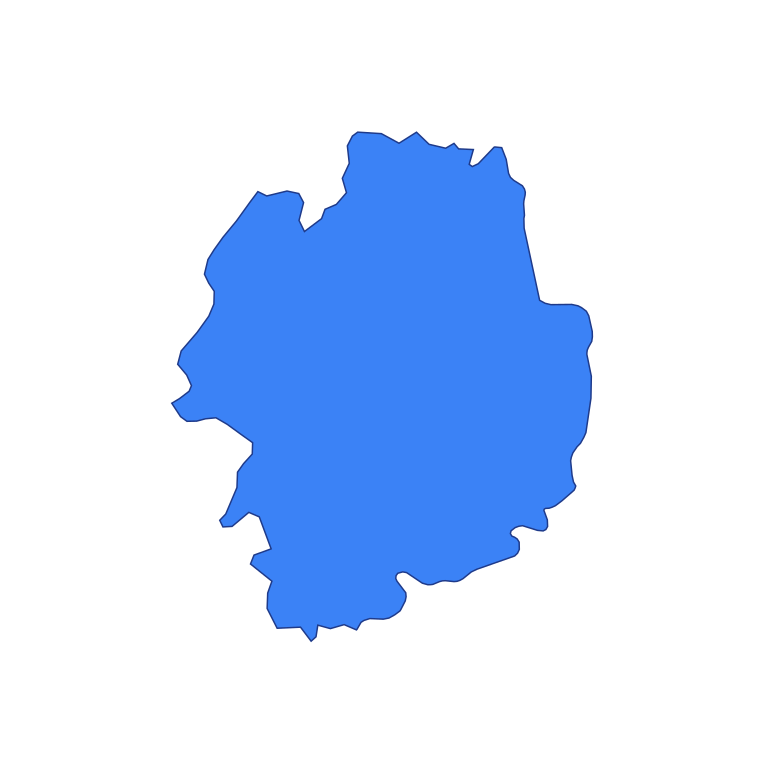 an SVG outline of Herefordshire, rotated 216°
{"feature_id": "GBR-2775", "entity_name": "Herefordshire", "entity_type": "Unitary Authority", "adm_level": 1, "iso_a3": "GBR", "parent_name": "United Kingdom", "parent_adm1": "", "projection": "albers", "projection_center": [-2.802, 52.104], "detail": "fine", "context": "isolated", "style": "filled", "palette": "blue", "viewbox_px": 768, "rotation_deg": 216, "n_neighbors": 0, "source": "natural_earth", "source_scale": "10m", "svg_char_len": 2331}
<svg xmlns="http://www.w3.org/2000/svg" viewBox="0 0 768 768"><g transform="rotate(216 384 384)"><path d="M208.0,493.7L192.1,463.4L191.0,458.4L190.2,451.5L190.9,446.8L190.7,439.3L189.5,435.1L187.9,431.6L178.2,420.7L173.1,416.1L168.9,414.2L168.2,412.0L167.8,409.8L171.4,394.1L173.8,386.3L175.6,383.1L177.4,380.6L180.2,378.3L180.8,376.9L180.4,375.8L172.0,370.1L167.9,364.9L167.5,361.4L168.9,358.7L173.8,355.8L188.6,350.8L191.3,348.2L193.5,344.9L194.9,339.9L193.8,337.2L191.1,336.1L188.4,336.8L185.2,336.9L181.7,335.5L177.3,329.7L176.5,325.6L177.2,321.7L200.0,288.7L202.9,283.3L205.7,272.9L207.2,269.7L208.9,267.3L211.2,265.3L218.8,260.9L221.1,259.0L222.9,256.8L226.7,250.6L228.4,249.0L230.7,247.3L235.9,245.4L254.9,244.7L258.4,243.0L261.6,239.0L261.6,236.1L260.2,233.6L257.6,232.1L243.7,227.9L241.1,224.9L239.3,221.0L237.8,211.4L237.7,209.8L239.6,203.7L242.4,197.6L246.3,193.4L257.6,185.9L261.2,181.0L262.5,177.7L261.6,169.1L261.2,169.0L274.8,165.9L283.6,154.6L295.8,150.0L290.4,139.5L291.8,133.1L308.6,138.2L326.9,123.6L346.6,133.7L355.2,146.5L358.8,158.6L386.2,159.9L388.6,169.2L378.4,184.3L406.8,203.2L417.9,200.7L423.2,179.5L430.3,173.7L436.8,177.2L435.6,185.8L442.1,213.8L450.7,226.6L450.8,237.1L449.4,249.9L455.8,259.3L470.1,259.2L487.3,259.2L500.1,257.9L508.0,250.9L513.7,243.9L521.5,238.0L529.4,238.0L544.4,243.7L540.9,251.9L537.4,263.6L538.8,269.5L548.9,275.3L562.5,278.7L567.5,291.5L565.5,316.0L565.6,335.9L568.6,348.7L575.8,359.2L585.1,362.6L593.8,367.3L599.6,381.3L600.4,392.9L600.5,408.1L599.2,429.1L599.3,452.5L599.1,465.5L589.4,467.2L575.9,483.1L564.9,488.0L555.7,483.5L548.9,466.4L538.0,460.6L531.7,481.1L534.4,490.7L528.1,501.3L526.8,516.7L538.6,525.9L541.8,542.1L553.6,555.1L555.3,566.0L553.3,572.3L533.3,585.0L513.4,587.6L505.7,606.8L488.4,604.4L472.7,611.0L468.8,619.8L461.8,618.1L449.5,626.2L444.2,611.8L440.4,611.8L437.2,617.6L434.1,640.3L434.0,640.5L433.5,641.0L427.7,644.4L417.2,637.6L407.0,627.6L403.2,625.5L398.7,625.0L388.5,625.7L385.0,624.3L382.4,622.2L380.9,619.8L378.5,614.4L376.9,611.8L369.5,603.0L368.1,600.1L362.2,592.4L307.3,543.2L301.1,544.0L295.6,546.3L278.9,558.7L273.0,561.3L269.1,561.9L263.1,561.8L258.4,559.5L246.4,548.9L243.1,544.6L241.0,540.6L240.2,533.9L239.5,530.9L238.2,528.5L237.3,527.2L220.8,512.1L208.2,494.1L208.0,493.7Z" fill="#3b82f6" stroke="#1e3a8a" stroke-width="1.5"/></g></svg>